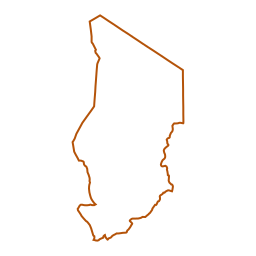 outline of Chad
{"feature_id": "TCD", "entity_name": "Chad", "entity_type": "country or territory", "adm_level": 0, "iso_a3": "TCD", "parent_name": "Africa", "parent_adm1": "", "projection": "equal_earth", "projection_center": [18.978, 15.46], "detail": "fine", "context": "isolated", "style": "outline", "palette": "amber", "viewbox_px": 256, "rotation_deg": 0, "n_neighbors": 0, "source": "natural_earth", "source_scale": "50m", "svg_char_len": 3447}
<svg xmlns="http://www.w3.org/2000/svg" viewBox="0 0 256 256"><path d="M182.9,70.1L182.9,76.4L183.0,82.6L183.1,88.9L183.1,95.1L183.2,101.4L183.3,107.7L183.3,113.9L183.4,120.2L183.4,122.3L183.3,123.2L183.2,123.3L180.5,122.8L179.4,122.8L177.9,123.3L175.6,123.5L174.2,123.4L173.2,124.5L172.4,125.8L172.8,129.0L172.7,130.0L172.4,131.1L171.8,132.0L171.1,132.7L170.7,133.4L170.2,134.8L169.8,135.5L169.8,136.3L169.7,137.3L169.3,137.8L168.3,138.1L167.6,138.5L167.0,139.2L166.7,139.7L166.9,140.4L167.2,141.3L167.3,142.7L167.4,143.5L167.9,144.2L168.3,144.6L168.4,145.2L168.1,145.7L166.8,146.7L166.3,147.1L165.7,147.6L165.5,147.8L164.5,148.8L164.1,149.6L163.8,150.4L163.9,151.3L164.3,152.8L164.9,154.1L165.1,155.0L165.2,156.1L165.2,157.0L164.9,157.9L164.4,158.7L162.7,160.1L161.8,161.7L161.1,163.6L160.9,164.7L161.1,165.4L161.5,166.0L162.0,166.3L162.8,166.4L164.1,166.1L165.3,165.8L166.5,166.5L167.2,168.2L166.9,169.4L167.4,171.5L167.8,174.1L167.8,175.0L168.0,175.3L168.8,175.5L169.0,176.1L168.7,180.7L169.1,181.9L169.6,182.8L170.2,183.3L170.8,183.9L171.2,184.4L171.9,184.5L172.6,185.3L172.9,186.4L172.8,187.5L172.4,189.8L172.0,191.3L171.5,191.2L170.6,190.9L169.5,190.5L168.1,190.3L166.8,190.9L165.4,191.7L164.9,192.3L164.5,192.7L163.9,192.6L163.3,192.7L163.0,193.3L162.5,194.0L160.5,195.3L160.0,195.8L159.8,196.3L159.8,196.8L160.0,197.9L160.0,199.2L159.5,200.3L159.0,201.1L158.4,201.4L157.9,201.5L157.6,202.0L156.5,204.5L156.1,204.9L155.1,204.8L152.4,208.6L152.2,209.7L151.2,211.2L149.9,213.0L148.8,213.8L148.7,214.1L148.4,214.5L147.7,214.9L145.3,217.0L142.5,216.9L141.2,217.7L140.0,218.1L138.2,218.5L137.6,218.5L135.3,218.6L132.6,218.6L131.6,218.9L130.6,219.7L129.9,220.4L129.8,220.6L129.9,220.9L129.9,221.1L131.8,222.9L132.2,223.7L131.8,224.5L131.5,224.7L131.2,225.4L130.1,227.3L128.4,229.6L127.5,230.3L127.2,230.7L126.7,232.2L126.4,232.5L125.3,232.7L123.0,232.8L119.8,233.3L117.9,233.5L116.7,233.4L115.0,234.4L114.4,234.7L114.1,234.8L112.4,235.8L111.0,237.4L110.5,237.7L108.6,238.4L107.8,239.5L107.5,239.6L106.2,238.1L105.4,236.8L105.0,235.5L104.9,235.0L104.7,235.1L104.0,235.7L103.4,236.4L103.2,237.7L101.2,238.5L99.5,239.3L98.7,240.2L97.5,240.6L95.9,240.5L94.7,240.1L93.6,239.9L94.1,238.8L94.4,237.9L94.4,236.9L94.3,236.2L93.6,235.8L93.2,235.2L92.2,231.9L91.2,228.5L89.8,225.1L88.2,223.0L87.1,221.7L86.7,221.5L86.1,221.1L85.7,220.7L83.6,218.4L81.5,215.9L80.9,214.7L79.8,213.0L78.6,211.2L78.0,210.4L77.7,208.9L78.6,207.6L79.5,205.9L80.6,204.8L82.0,204.7L84.3,205.2L86.9,205.3L89.4,205.0L90.0,204.7L90.7,204.7L92.0,205.1L94.3,205.1L95.6,204.4L94.3,203.2L92.9,201.4L91.6,199.4L90.8,197.6L90.1,195.2L89.4,192.3L89.0,188.6L89.1,186.5L89.3,184.9L90.0,182.5L89.5,181.0L89.7,179.9L89.6,178.1L89.4,177.3L88.5,174.4L88.3,174.1L87.5,172.1L87.2,168.8L86.3,166.6L84.8,165.6L84.0,164.3L83.7,162.0L83.1,161.4L80.9,160.6L78.9,160.6L77.6,158.0L75.8,154.8L74.2,151.7L73.2,145.6L72.6,142.1L73.3,141.1L74.7,138.6L76.4,133.8L80.4,126.5L82.4,122.8L86.4,117.2L91.4,110.3L94.1,106.4L94.6,99.4L95.2,92.0L95.5,86.3L96.0,79.7L96.4,74.2L96.7,70.1L97.2,64.4L97.5,63.3L99.4,58.9L99.6,58.3L99.2,57.5L96.5,53.7L95.7,52.9L95.2,50.9L95.9,49.8L92.7,43.5L91.9,42.7L91.6,41.9L91.6,40.8L91.6,36.4L90.8,29.5L89.7,21.5L93.5,19.3L96.4,17.6L100.1,15.4L103.5,17.6L108.4,20.9L113.3,24.1L118.2,27.4L123.1,30.7L128.1,33.9L133.0,37.2L138.0,40.5L142.9,43.8L147.9,47.1L152.9,50.3L157.9,53.6L162.9,56.9L167.8,60.2L172.8,63.5L177.9,66.8L182.9,70.1Z" fill="none" stroke="#b45309" stroke-width="2"/></svg>